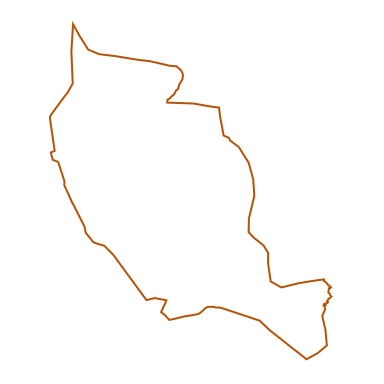 Oji-River, Enugu, Nigeria (Mercator projection), rotated 185°
{"feature_id": "59680162B15532351721986", "entity_name": "Oji-River", "entity_type": "district", "adm_level": 2, "iso_a3": "NGA", "parent_name": "Nigeria", "parent_adm1": "Enugu", "projection": "mercator", "projection_center": [7.259, 6.159], "detail": "fine", "context": "isolated", "style": "outline", "palette": "amber", "viewbox_px": 384, "rotation_deg": 185, "n_neighbors": 0, "source": "geoboundaries", "source_scale": "gbopen_adm2", "svg_char_len": 1800}
<svg xmlns="http://www.w3.org/2000/svg" viewBox="0 0 384 384"><g transform="rotate(185 192 192)"><path d="M203.4,62.6L196.9,64.6L188.5,67.5L181.9,69.1L181.2,69.2L177.2,70.4L175.0,71.2L174.8,71.2L172.6,72.9L168.6,77.4L166.5,78.8L163.9,79.2L160.8,79.5L160.7,79.5L158.4,79.0L153.7,79.3L128.4,73.3L113.4,69.7L102.2,60.8L91.3,53.7L81.0,46.9L69.0,39.1L63.4,35.3L52.8,42.4L47.4,47.8L44.3,50.9L47.1,66.5L51.4,79.7L49.1,87.0L49.9,88.9L49.9,89.0L49.3,90.5L51.1,90.5L50.6,92.2L48.4,92.6L47.4,93.3L46.9,94.1L48.1,94.7L48.1,94.8L47.2,96.2L46.7,97.6L45.6,98.0L44.0,100.0L45.1,100.8L45.6,102.2L47.4,103.8L47.3,106.3L47.2,108.1L46.0,108.2L45.2,109.0L46.1,110.2L48.3,111.1L48.4,111.3L50.7,113.8L53.1,115.0L53.0,116.5L64.9,113.7L66.9,113.2L76.9,110.7L91.4,105.8L94.7,104.7L105.8,109.8L109.5,125.4L110.0,127.8L110.5,133.7L110.9,138.0L116.0,144.9L126.2,151.7L132.1,156.9L133.0,170.5L132.3,175.3L131.4,181.3L129.6,193.6L132.1,209.9L138.1,226.1L145.7,236.1L149.1,240.7L158.5,246.6L159.9,249.1L165.4,251.0L170.5,269.2L170.6,269.4L172.4,278.4L174.0,278.5L182.7,278.9L197.9,280.3L224.4,278.9L224.6,281.7L222.1,283.5L220.5,285.7L218.4,287.6L216.8,291.6L214.8,293.5L214.2,297.6L212.7,300.7L211.3,303.6L211.2,307.6L211.8,309.5L213.7,312.4L216.1,314.2L218.3,315.8L225.1,315.8L244.9,318.6L256.3,318.9L263.2,319.4L280.7,320.7L296.6,321.2L305.7,324.1L307.9,324.8L314.1,333.1L317.6,337.7L325.1,348.7L324.4,321.4L320.3,289.7L324.6,280.1L325.8,278.5L329.7,272.2L337.8,258.9L339.8,255.5L340.0,253.2L332.4,221.0L336.1,219.1L333.6,212.0L327.9,210.2L319.9,191.3L319.9,187.9L310.4,170.9L308.8,168.7L295.9,147.8L294.3,142.1L286.0,133.5L283.9,132.7L274.7,130.8L265.0,122.6L238.7,92.6L228.0,80.4L219.8,83.1L208.1,81.9L209.1,78.5L210.2,75.6L212.3,69.7L210.6,68.5L208.9,67.5L203.4,62.6Z" fill="none" stroke="#b45309" stroke-width="2"/></g></svg>